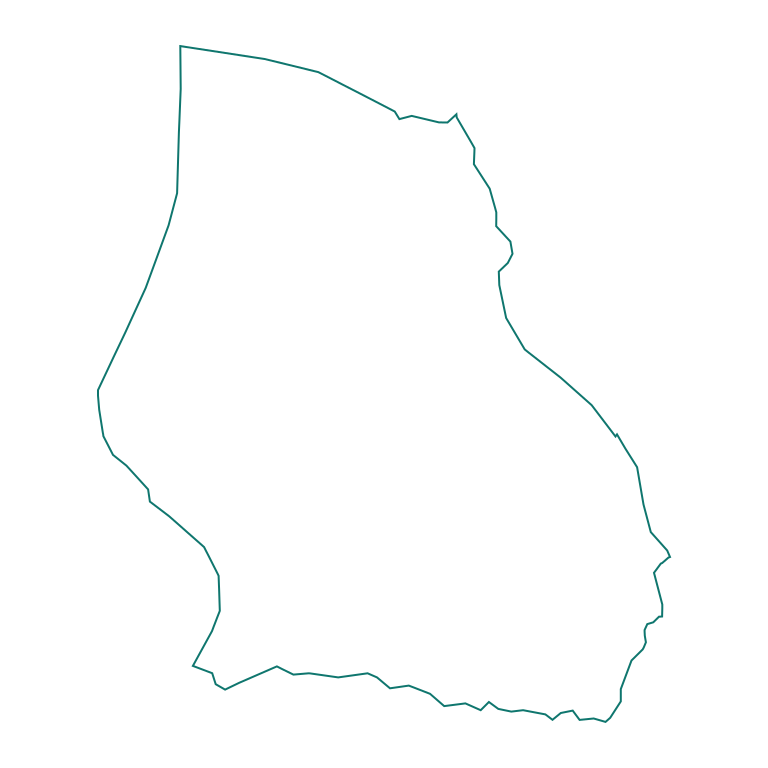 the district of Doe, Nimba, Liberia
{"feature_id": "62588387B53345215693508", "entity_name": "Doe", "entity_type": "district", "adm_level": 2, "iso_a3": "LBR", "parent_name": "Liberia", "parent_adm1": "Nimba", "projection": "natural_earth1", "projection_center": [-8.791, 6.605], "detail": "fine", "context": "isolated", "style": "outline", "palette": "teal", "viewbox_px": 768, "rotation_deg": 0, "n_neighbors": 0, "source": "geoboundaries", "source_scale": "gbopen_adm2", "svg_char_len": 1807}
<svg xmlns="http://www.w3.org/2000/svg" viewBox="0 0 768 768"><path d="M670.0,557.0L667.2,550.5L650.8,532.1L643.5,504.5L637.1,467.2L625.5,448.8L617.0,434.4L615.5,436.5L604.1,421.5L591.7,405.2L560.6,377.6L528.8,352.7L524.7,349.4L506.2,318.1L506.0,317.3L499.3,285.1L498.8,271.6L507.8,263.0L512.5,253.8L510.4,241.6L496.2,226.2L496.3,218.6L496.3,212.4L495.3,208.6L489.7,188.7L473.9,164.2L474.4,151.6L474.5,148.1L470.8,141.6L456.7,117.4L456.4,114.3L447.5,122.5L439.0,122.4L411.7,115.9L399.4,119.1L395.1,112.1L394.7,111.5L367.1,97.2L342.4,84.5L318.3,72.1L314.5,71.2L288.9,64.9L264.6,59.0L255.4,57.6L180.3,46.1L180.7,88.9L179.4,120.8L178.9,132.3L177.2,189.7L177.1,193.2L168.6,225.3L164.8,235.7L157.1,256.8L145.7,287.9L125.2,332.7L113.8,356.6L109.0,366.8L98.0,390.1L98.0,395.7L99.2,409.7L102.9,433.1L103.1,433.9L103.4,436.2L108.8,446.7L113.0,454.9L126.4,465.6L133.9,473.8L148.1,489.4L149.9,501.6L169.2,516.3L204.1,547.1L205.7,550.3L208.5,555.7L217.7,573.9L218.6,575.8L219.1,589.0L219.8,610.8L219.4,611.9L217.0,618.0L214.4,624.8L214.1,625.5L212.0,631.1L192.9,665.9L212.2,673.2L215.7,684.2L225.1,689.6L239.2,682.8L276.9,666.4L282.4,669.2L293.4,674.6L308.7,673.3L310.1,673.4L338.2,677.4L367.6,673.3L377.0,677.4L390.0,688.3L408.8,685.6L414.3,687.7L430.0,693.8L444.2,706.1L465.4,703.4L476.2,708.2L480.7,710.2L488.9,702.0L498.3,708.9L511.3,711.6L523.1,710.2L545.4,714.4L552.5,719.8L560.8,713.0L572.7,710.6L579.6,719.9L593.7,718.5L604.5,721.6L605.5,721.9L606.8,720.8L610.2,717.8L620.8,701.4L620.8,696.4L620.8,689.1L631.5,660.5L642.7,649.4L643.7,647.6L645.9,642.3L644.8,635.7L644.6,631.6L644.6,630.0L647.3,624.1L653.3,622.3L654.1,621.5L659.0,616.7L659.5,616.7L662.1,616.5L662.3,608.2L662.3,604.5L655.8,579.7L654.0,572.8L660.8,563.6L662.2,563.0L668.4,557.6L670.0,557.0Z" fill="none" stroke="#0f766e" stroke-width="2"/></svg>